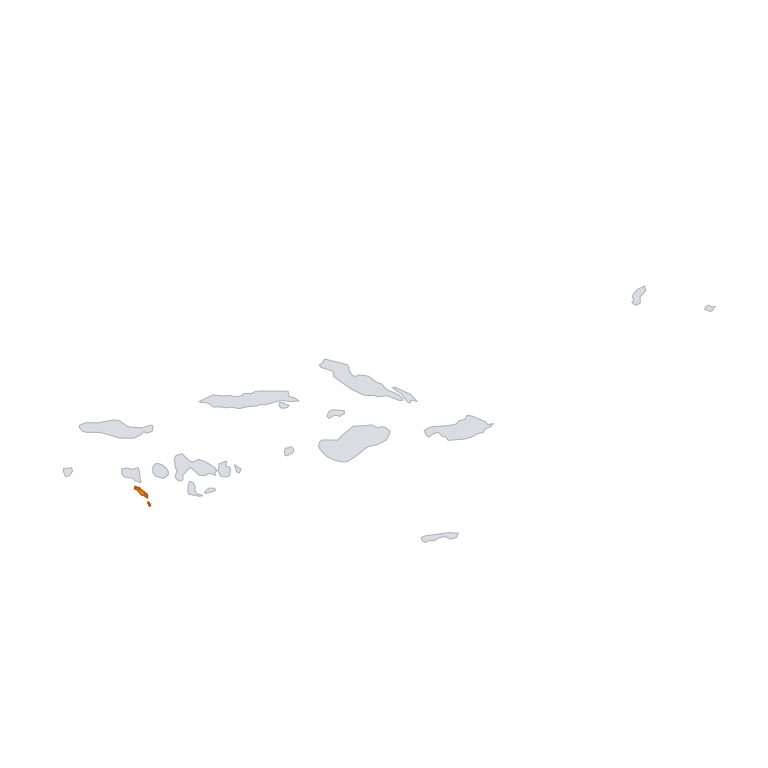 Ranongga-Simbo, Western, Solomon Islands (highlighted), rotated 320°
{"feature_id": "97153195B5229435776265", "entity_name": "Ranongga-Simbo", "entity_type": "district", "adm_level": 2, "iso_a3": "SLB", "parent_name": "Solomon Islands", "parent_adm1": "Western", "projection": "natural_earth1", "projection_center": [156.559, -8.122], "detail": "fine", "context": "in_parent", "style": "filled", "palette": "amber", "viewbox_px": 768, "rotation_deg": 320, "n_neighbors": 0, "source": "geoboundaries", "source_scale": "gbopen_adm2", "svg_char_len": 6968}
<svg xmlns="http://www.w3.org/2000/svg" viewBox="0 0 768 768"><g transform="rotate(320 384 384)"><path d="M300.8,387.2L312.6,397.3L317.8,396.4L333.4,396.6L342.6,403.8L348.0,407.1L351.0,413.5L354.8,415.0L357.1,418.3L358.4,424.3L352.7,427.5L349.2,428.4L340.2,426.3L331.5,421.7L314.3,421.1L306.3,419.8L303.5,418.1L301.0,415.7L296.9,410.1L293.8,403.5L293.3,399.7L293.0,392.3L294.0,389.6L297.3,387.0L300.8,387.2ZM354.9,327.0L368.3,345.7L367.8,349.0L365.9,351.2L365.4,357.5L367.1,359.9L370.7,361.0L376.9,367.7L379.6,378.4L382.2,382.2L382.3,390.0L388.1,400.9L388.6,406.1L388.1,408.5L385.6,407.1L378.6,394.8L370.5,389.4L369.6,387.1L361.5,379.9L356.0,367.8L350.2,346.2L353.0,341.1L346.3,330.7L346.7,327.9L351.4,328.4L352.4,327.1L354.9,327.0ZM306.2,336.4L307.9,342.3L300.7,337.0L295.2,330.6L279.5,323.6L276.1,320.0L273.3,319.6L265.2,313.8L257.3,309.8L251.3,302.7L248.4,301.4L243.4,295.8L238.6,292.1L236.9,285.4L232.2,280.7L231.0,278.7L246.0,282.4L253.0,289.8L258.9,294.0L260.9,297.0L266.3,301.2L271.1,301.6L275.9,305.8L280.2,306.9L283.7,309.1L305.9,327.8L303.2,332.8L306.2,336.4ZM406.7,457.3L413.4,461.0L417.4,460.4L423.2,462.9L427.7,461.5L430.5,464.7L437.4,477.6L437.5,481.7L442.1,484.7L438.2,485.2L432.8,483.7L428.6,484.8L424.2,482.3L416.9,481.0L410.4,478.0L397.0,468.5L397.1,463.8L395.0,461.5L394.4,455.6L389.6,453.8L383.9,453.4L383.5,450.7L384.6,445.8L388.7,445.9L393.8,447.9L406.7,457.3ZM178.5,265.2L180.2,267.4L176.1,271.2L170.5,269.1L169.2,265.9L165.3,266.6L157.7,264.8L147.0,255.8L135.7,238.9L124.8,229.5L122.8,226.6L122.5,221.7L124.0,219.9L130.7,221.9L139.5,229.6L153.8,237.7L157.7,241.8L160.2,251.6L162.6,254.5L170.4,262.1L178.5,265.2ZM193.4,322.5L196.8,327.6L200.7,339.1L200.0,343.0L197.2,343.2L196.4,345.7L192.7,340.2L187.6,338.7L183.9,335.2L182.3,324.2L179.4,323.5L171.2,324.6L168.5,328.2L164.7,327.0L163.9,323.8L164.5,320.6L169.6,317.4L170.6,313.3L175.6,306.3L178.7,305.1L184.6,307.6L185.3,317.6L187.4,320.9L193.4,322.5ZM344.9,546.0L341.1,548.1L337.7,547.0L335.1,545.4L333.0,540.6L328.4,537.5L321.9,536.3L318.5,533.2L314.0,532.2L312.7,529.6L313.1,526.9L313.9,525.5L318.0,526.8L338.0,539.5L344.9,546.0ZM135.3,302.4L134.2,303.3L132.4,299.9L131.1,298.8L131.2,295.1L125.7,288.9L125.2,284.7L128.4,280.5L132.7,282.9L136.9,288.1L141.8,289.9L140.8,293.3L136.4,299.5L135.3,302.4ZM162.5,312.4L160.3,315.0L154.4,314.6L149.9,308.2L149.9,303.4L153.5,299.0L157.7,298.2L160.0,299.9L162.2,303.6L163.0,308.3L162.5,312.4ZM212.0,350.2L206.7,355.2L202.8,353.5L199.7,349.3L201.3,342.8L204.4,341.5L206.1,339.2L211.9,341.0L213.4,342.2L209.9,345.4L211.8,347.9L212.0,350.2ZM645.0,480.6L636.1,481.9L632.6,486.5L628.0,486.0L626.5,482.3L626.5,480.5L628.9,480.7L630.3,477.1L632.9,475.3L639.1,474.5L646.6,476.5L644.8,479.8L645.0,480.6ZM397.8,409.4L398.1,418.5L394.0,413.5L392.1,415.3L390.4,412.9L390.8,402.4L388.0,392.3L390.3,393.2L397.8,409.4ZM173.2,352.1L173.2,353.0L170.2,351.2L163.6,342.8L164.8,339.9L170.8,334.4L172.7,333.7L174.4,337.1L172.9,342.1L170.9,343.4L170.1,348.1L173.2,352.1ZM323.4,369.8L328.0,370.5L336.3,378.9L334.4,381.5L330.5,380.2L329.2,380.7L328.0,377.8L323.8,375.4L320.0,375.2L319.5,372.2L323.4,369.8ZM270.4,377.9L264.1,377.0L262.2,374.8L264.4,371.7L267.3,369.7L269.8,371.5L272.6,372.0L272.9,376.0L270.4,377.9ZM89.4,250.6L83.9,252.1L80.6,250.0L82.1,245.2L83.9,242.7L90.7,247.2L89.4,250.6ZM297.5,339.2L294.9,340.0L291.1,337.7L289.4,335.6L290.2,332.3L292.5,331.1L295.0,333.3L295.3,335.6L297.5,339.2ZM687.4,537.6L682.6,538.6L680.8,538.4L677.7,532.9L680.0,531.7L683.5,532.2L684.5,535.4L687.4,537.6ZM187.0,354.9L186.9,357.1L183.8,356.5L176.9,353.1L176.7,351.6L180.6,351.1L183.5,351.5L187.0,354.9ZM131.2,313.3L130.1,319.6L127.3,311.8L127.9,305.4L128.9,304.7L131.2,313.3ZM219.9,357.4L215.9,359.1L214.6,356.6L217.6,349.9L219.9,357.4Z" fill="#d9dde1" stroke="#a8b0b8" stroke-width="1"/><path d="M131.4,316.0L131.4,315.9L131.3,315.7L131.2,315.7L131.3,315.6L131.2,315.5L131.2,315.4L131.2,315.2L131.3,315.2L131.2,315.1L130.9,314.8L130.9,314.6L130.8,314.4L130.8,314.1L130.7,314.1L130.8,314.0L130.9,313.8L131.0,313.8L131.0,313.5L131.0,313.4L130.9,313.3L130.7,313.2L130.7,312.9L130.6,312.7L130.5,312.8L130.6,312.6L130.5,312.4L130.8,312.4L130.8,312.2L130.8,311.8L130.7,311.7L130.6,311.4L130.4,311.2L130.4,310.9L130.3,310.7L130.1,310.1L130.0,309.9L129.9,309.7L130.0,309.6L129.9,309.6L129.8,309.4L129.7,309.4L129.7,309.2L129.8,309.1L129.7,309.0L129.7,308.9L129.5,308.7L129.5,308.4L129.5,308.2L129.7,307.9L129.4,307.8L129.4,307.7L129.5,307.5L129.6,307.4L129.4,307.3L129.5,307.2L129.4,307.0L129.5,306.9L129.4,306.9L129.2,306.7L129.3,306.7L129.2,306.6L129.2,306.4L129.3,306.3L129.2,306.3L129.1,306.1L129.2,305.8L129.1,305.7L128.9,305.5L129.0,305.5L129.0,305.4L128.9,305.4L128.8,305.2L128.7,305.1L128.6,304.9L128.6,304.7L128.4,304.5L128.4,304.3L128.3,303.9L128.2,303.9L128.1,303.7L128.0,303.8L127.9,304.0L127.9,303.9L128.0,303.6L127.9,303.5L127.7,303.6L127.6,303.8L127.4,303.8L127.4,303.7L127.2,303.6L127.3,303.5L127.5,303.5L127.8,303.4L127.7,303.1L127.6,303.3L127.4,303.2L127.4,303.3L127.3,303.2L127.3,303.3L127.3,303.2L127.2,303.3L127.2,303.2L127.2,303.4L127.1,303.5L127.0,303.4L126.9,303.4L126.8,303.2L126.7,303.1L126.4,303.3L126.2,303.4L126.2,303.5L126.0,303.9L125.9,303.9L125.7,303.9L125.6,304.0L125.8,304.3L125.9,304.5L126.0,304.5L126.0,304.8L126.1,305.0L126.3,305.1L126.3,305.3L126.5,305.6L126.7,305.9L126.8,306.0L127.0,306.7L127.0,306.9L127.0,307.1L126.7,307.6L127.0,308.0L127.0,308.3L127.0,308.6L127.1,308.9L127.1,309.2L127.1,309.3L127.0,309.5L127.1,309.8L127.1,310.1L127.0,310.5L126.9,310.9L127.0,311.5L126.9,311.8L127.0,312.2L127.0,312.5L126.9,312.7L126.9,312.8L126.9,313.0L127.0,313.2L127.1,313.3L127.2,313.5L127.3,313.6L127.5,313.6L127.6,313.9L127.7,314.0L127.8,314.3L128.0,314.4L128.1,314.5L128.3,314.7L128.3,314.9L128.4,315.0L128.4,315.3L128.5,315.4L128.6,315.5L128.7,315.9L128.7,316.0L128.8,316.2L128.8,316.4L128.9,316.5L128.9,317.0L129.0,317.4L129.1,317.5L129.4,317.9L129.4,318.0L129.3,318.3L129.2,318.3L129.2,318.6L129.3,318.7L129.6,318.5L129.7,318.4L129.8,318.4L130.0,318.4L130.2,318.2L130.3,318.0L130.5,318.1L130.7,317.8L130.9,317.9L131.0,317.9L131.0,317.7L130.9,317.4L131.0,317.2L131.2,316.9L131.3,316.7L131.2,316.6L131.3,316.6L131.3,316.4L131.4,316.2L131.4,316.0ZM127.8,324.1L127.7,323.8L127.6,323.7L127.5,323.4L127.6,323.2L127.5,322.9L127.4,322.7L127.2,322.6L127.0,322.8L126.9,323.0L126.7,323.2L126.6,323.3L126.5,323.5L126.6,323.8L126.6,324.0L126.8,324.2L126.8,324.3L126.8,324.5L126.9,324.8L126.7,324.8L126.6,324.7L126.5,324.9L126.4,324.9L126.4,325.1L126.3,325.3L126.2,325.4L126.2,325.6L125.9,325.7L125.9,325.8L125.8,326.0L125.9,326.3L126.0,326.5L126.3,326.7L126.3,326.8L126.4,326.7L126.5,326.6L126.8,326.4L126.7,326.4L126.8,326.3L126.8,326.2L126.7,326.1L126.7,325.9L126.7,325.6L126.8,325.6L126.9,325.3L127.0,325.2L127.4,324.9L127.5,324.8L127.5,324.7L127.7,324.4L127.8,324.2L127.8,324.1ZM127.1,325.7L127.0,325.4L126.9,325.4L126.9,325.5L126.8,326.0L126.8,326.5L127.0,326.7L127.1,326.4L127.0,326.2L127.1,325.7Z" fill="#f59e0b" stroke="#b45309" stroke-width="1.5"/></g></svg>